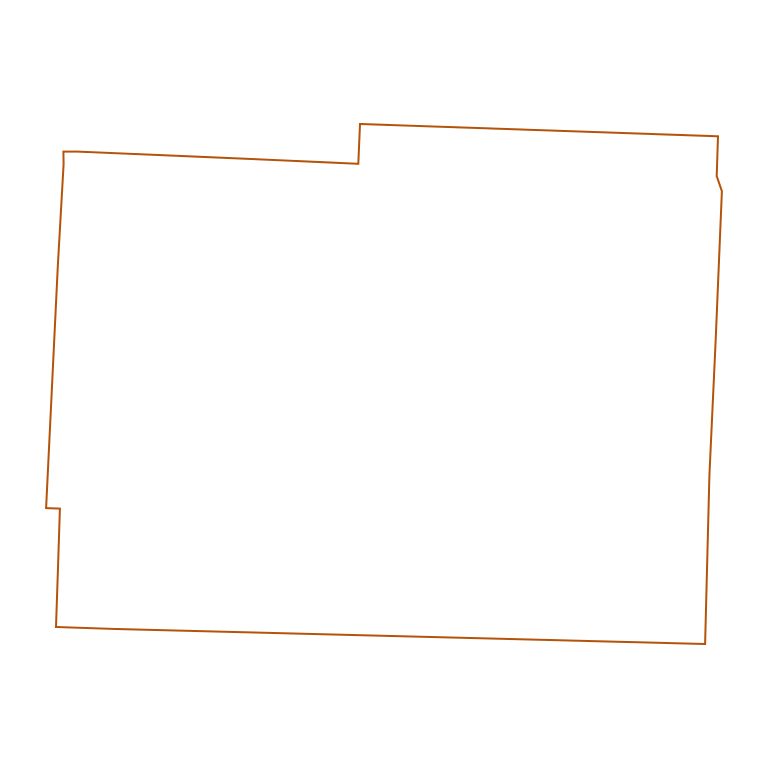 the district of Johnson, Missouri, United States of America
{"feature_id": "52423323B75740368728587", "entity_name": "Johnson", "entity_type": "district", "adm_level": 2, "iso_a3": "USA", "parent_name": "United States of America", "parent_adm1": "Missouri", "projection": "albers", "projection_center": [-93.816, 38.747], "detail": "fine", "context": "isolated", "style": "outline", "palette": "amber", "viewbox_px": 768, "rotation_deg": 0, "n_neighbors": 0, "source": "geoboundaries", "source_scale": "gbopen_adm2", "svg_char_len": 371}
<svg xmlns="http://www.w3.org/2000/svg" viewBox="0 0 768 768"><path d="M705.1,644.0L709.4,475.7L710.3,455.9L714.9,356.9L715.8,337.1L721.9,191.2L716.7,176.1L718.0,136.3L360.0,124.0L358.3,163.8L244.3,158.7L77.6,151.6L63.4,151.6L63.6,164.2L57.8,266.3L46.1,508.1L59.9,508.6L58.0,567.6L56.0,627.0L115.0,629.0L705.1,644.0Z" fill="none" stroke="#b45309" stroke-width="2"/></svg>